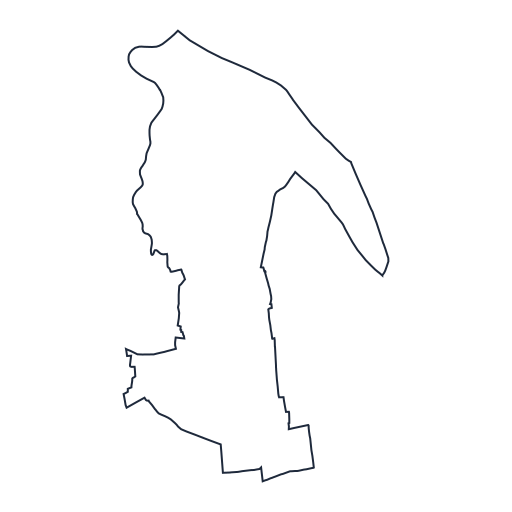 the district of Tra Vinh, Trà Vinh, Vietnam
{"feature_id": "81297802B52504001228047", "entity_name": "Tra Vinh", "entity_type": "district", "adm_level": 2, "iso_a3": "VNM", "parent_name": "Vietnam", "parent_adm1": "Trà Vinh", "projection": "natural_earth1", "projection_center": [106.333, 9.952], "detail": "fine", "context": "isolated", "style": "outline", "palette": "slate", "viewbox_px": 512, "rotation_deg": 0, "n_neighbors": 0, "source": "geoboundaries", "source_scale": "gbopen_adm2", "svg_char_len": 5740}
<svg xmlns="http://www.w3.org/2000/svg" viewBox="0 0 512 512"><path d="M137.0,213.9L137.6,214.6L138.7,216.5L140.8,220.0L141.5,221.4L142.2,222.8L142.6,224.4L142.7,226.4L142.5,228.1L142.5,229.1L142.9,230.3L143.1,231.3L144.1,232.6L145.2,233.3L146.5,233.7L147.7,234.0L148.4,234.4L149.6,235.4L150.7,236.7L151.2,238.1L151.7,239.8L151.9,242.3L151.9,243.6L151.6,245.5L151.4,246.7L150.9,249.6L150.9,251.2L151.0,252.3L151.2,253.8L151.7,254.7L152.1,254.9L152.4,254.9L153.0,254.4L153.4,253.8L153.6,253.2L154.0,252.2L154.4,251.1L154.8,250.3L155.2,250.2L156.3,250.2L157.3,250.8L158.7,252.1L160.0,253.2L160.9,253.8L161.7,254.1L162.4,254.2L163.0,254.3L164.2,254.3L165.3,254.1L166.6,254.1L166.9,254.0L167.3,255.9L167.4,259.7L167.3,262.2L167.6,266.2L167.8,266.9L168.4,267.6L169.1,268.0L169.6,268.8L170.3,270.3L170.6,271.6L171.0,271.8L172.5,271.6L176.0,270.8L177.9,270.2L180.1,269.8L181.1,269.5L181.5,270.0L181.8,271.3L182.4,273.0L183.1,274.2L183.7,275.5L184.1,276.7L184.5,278.0L185.0,279.4L183.9,280.6L182.4,282.6L180.9,284.4L179.5,285.5L179.2,286.5L178.7,294.7L178.7,302.3L178.8,303.5L178.0,307.3L178.9,311.2L179.2,313.0L178.8,318.4L177.7,325.5L180.7,326.5L180.4,329.7L181.2,330.0L181.2,331.9L182.5,332.1L183.4,335.3L183.9,335.9L184.3,338.5L182.4,338.3L175.7,337.5L175.1,342.2L175.1,345.1L175.9,348.8L166.8,351.2L164.4,351.9L161.1,352.6L156.8,353.6L153.7,354.4L143.6,354.5L141.9,354.5L137.4,354.3L130.5,350.9L127.2,349.6L126.0,349.0L126.3,350.7L127.1,356.0L131.1,355.7L130.3,362.5L130.1,364.0L130.0,364.6L130.0,365.5L130.0,365.9L130.2,366.3L130.4,366.5L130.5,366.5L131.3,366.8L131.8,366.9L132.8,366.8L134.0,366.8L134.6,366.8L134.8,368.7L135.1,373.3L135.3,376.4L133.9,377.4L132.8,377.9L132.3,378.5L132.2,380.9L132.0,382.4L131.5,385.5L131.4,387.4L130.6,387.7L127.8,388.8L127.8,391.8L125.7,393.0L123.6,394.0L124.4,398.1L124.7,399.7L125.6,405.0L126.6,407.7L136.0,402.4L144.5,397.7L145.9,400.0L146.7,400.5L147.6,400.7L148.1,400.7L148.6,400.6L149.0,401.5L152.0,405.0L155.1,409.3L155.4,409.5L157.0,411.6L158.7,413.4L160.6,414.3L161.2,414.6L165.0,416.2L167.9,417.6L170.7,419.3L175.0,423.1L176.6,424.7L178.1,426.6L181.1,429.2L186.5,431.5L195.0,434.7L203.5,438.0L210.6,440.7L218.7,443.7L219.6,444.0L220.7,444.4L221.3,451.6L222.6,468.8L222.9,472.8L230.3,472.5L230.5,472.4L238.0,471.9L241.5,471.3L241.9,471.2L245.3,470.8L249.5,470.3L251.3,470.1L254.0,470.0L257.0,469.4L259.5,469.0L261.1,467.4L262.7,481.3L265.3,480.3L267.1,479.8L270.5,478.3L272.7,477.6L273.0,477.4L275.0,476.7L281.1,474.3L281.6,474.2L282.9,473.9L289.7,471.4L290.0,471.3L292.4,471.2L294.9,471.0L297.3,471.0L298.6,470.8L303.9,469.6L306.3,469.3L311.3,468.2L313.4,467.8L313.8,467.6L313.2,462.2L312.4,456.0L311.4,450.1L310.8,444.2L310.2,438.4L309.6,435.5L309.1,432.0L308.7,428.3L308.6,425.5L308.2,425.0L304.9,425.7L294.5,427.9L292.3,428.4L288.8,429.2L288.9,426.3L288.5,423.3L289.3,423.0L289.3,419.4L289.1,413.0L288.9,411.8L286.0,411.9L285.1,407.2L284.0,400.9L283.5,397.2L279.1,397.3L278.7,396.0L278.3,393.6L277.7,386.7L276.9,379.6L276.4,372.9L276.2,370.4L276.1,368.2L276.0,367.3L276.0,365.6L275.0,346.7L274.9,346.6L274.7,340.1L274.4,338.2L272.4,338.8L272.2,338.7L271.5,333.2L270.9,330.2L270.3,325.2L269.3,319.8L269.0,317.2L268.8,313.4L268.3,309.4L268.9,308.8L270.0,308.3L271.1,308.1L271.8,307.9L271.7,307.0L271.4,304.2L270.1,304.0L270.7,302.4L271.3,299.1L271.1,296.1L270.6,293.9L269.7,288.9L268.6,285.5L268.1,283.2L266.6,278.2L265.3,273.4L265.1,272.7L265.5,272.3L265.5,271.7L265.3,271.2L265.0,270.9L264.3,271.1L264.1,270.4L263.6,268.3L263.3,267.5L261.3,267.4L260.8,267.3L262.1,261.0L262.4,259.5L263.6,253.6L264.6,249.5L264.8,247.1L265.9,242.0L266.4,240.5L267.1,236.2L267.3,234.0L267.5,231.6L268.1,229.1L268.4,227.6L269.4,223.7L270.0,221.3L271.3,215.4L272.1,210.2L272.3,208.8L273.1,203.8L273.3,202.8L274.2,197.1L275.4,193.7L276.8,191.8L278.1,191.0L280.2,189.4L283.1,188.0L284.9,186.6L286.2,185.0L288.3,182.0L290.2,178.9L294.4,173.3L295.2,172.0L302.1,178.3L309.1,184.2L316.2,190.2L323.6,199.3L328.1,203.8L330.9,208.8L334.2,213.7L337.0,217.0L341.6,222.5L342.9,224.3L343.9,226.3L345.1,228.9L349.4,236.7L352.5,242.2L357.5,250.0L361.7,255.1L365.7,260.1L370.7,265.2L375.2,269.6L377.6,271.6L379.7,273.2L382.3,275.5L382.3,275.4L384.2,272.7L385.2,270.7L386.4,267.4L388.4,261.4L388.3,258.0L387.4,255.3L385.5,249.3L383.7,244.2L383.2,243.2L376.5,222.7L374.5,217.5L372.6,211.9L371.2,209.2L368.7,203.6L366.9,198.8L365.5,196.0L360.4,184.7L355.5,173.4L351.3,163.3L351.0,162.0L348.7,160.7L345.8,158.7L339.4,152.3L335.8,148.6L330.5,142.9L324.4,137.8L319.7,132.5L311.9,124.6L298.6,107.4L292.7,99.5L292.6,99.2L289.0,94.0L287.7,92.0L286.9,90.9L286.1,89.9L281.0,85.5L276.3,82.5L272.1,80.4L265.2,77.6L249.6,69.8L230.2,61.5L229.8,61.4L229.7,61.3L221.9,58.1L208.0,51.1L189.7,40.3L177.9,30.7L174.3,34.3L170.2,37.9L166.3,41.1L162.4,44.1L159.2,45.8L156.4,46.7L152.1,47.0L144.5,46.8L141.4,46.6L139.1,46.7L135.2,47.8L132.2,50.0L130.5,52.0L129.1,54.3L128.6,56.6L128.5,59.8L129.0,62.4L130.8,66.1L132.7,68.5L136.2,71.8L141.0,75.4L146.6,78.7L150.9,80.7L153.9,82.1L155.1,83.0L156.7,85.0L158.7,87.9L159.8,89.9L160.1,89.9L161.5,93.0L162.4,95.3L163.2,97.2L163.3,98.8L163.4,100.7L163.2,103.5L162.5,106.6L161.7,108.9L160.4,110.8L157.1,115.3L152.9,120.7L151.4,122.7L150.0,126.4L149.5,129.8L149.5,133.0L149.6,135.6L150.0,139.6L150.4,141.7L150.4,143.6L149.9,145.4L149.1,147.3L148.0,150.0L147.2,151.8L146.6,153.3L146.1,156.2L145.8,159.6L145.3,161.1L144.7,162.5L143.6,164.1L142.4,166.1L141.3,167.5L140.2,169.6L139.9,170.7L139.9,171.9L140.0,174.4L140.9,176.8L141.7,178.8L142.5,181.2L142.7,182.5L142.8,184.1L142.3,185.5L140.7,187.3L138.9,188.9L137.0,190.6L135.8,192.1L134.1,194.9L133.1,197.2L132.8,199.3L132.7,202.1L133.0,204.1L134.1,206.2L135.2,208.0L136.3,210.4L136.9,211.8L137.1,213.1L137.0,213.9Z" fill="none" stroke="#1e293b" stroke-width="2"/></svg>